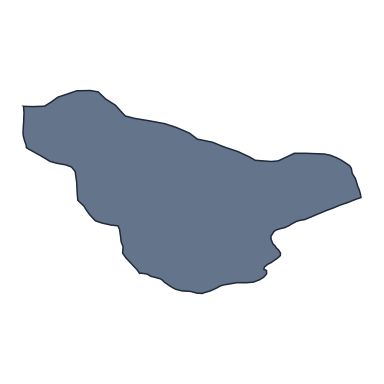 the district of Huddinge, Stockholm, Sweden
{"feature_id": "70781695B98440364310876", "entity_name": "Huddinge", "entity_type": "district", "adm_level": 2, "iso_a3": "SWE", "parent_name": "Sweden", "parent_adm1": "Stockholm", "projection": "robinson", "projection_center": [18.029, 59.213], "detail": "fine", "context": "isolated", "style": "filled", "palette": "slate", "viewbox_px": 384, "rotation_deg": 0, "n_neighbors": 0, "source": "geoboundaries", "source_scale": "gbopen_adm2", "svg_char_len": 1749}
<svg xmlns="http://www.w3.org/2000/svg" viewBox="0 0 384 384"><path d="M361.0,197.5L360.3,193.5L359.0,189.2L357.7,186.2L356.4,181.7L355.2,178.1L352.3,173.6L351.3,168.3L349.6,165.7L344.9,162.5L341.0,160.0L336.3,157.6L330.2,155.2L324.2,154.0L306.0,153.3L294.3,153.3L288.8,155.9L282.9,158.7L278.1,160.9L271.3,161.5L255.3,160.3L249.4,156.9L238.0,151.6L223.4,146.7L212.4,142.2L197.3,139.1L189.4,133.1L176.4,127.5L164.9,123.7L149.8,120.9L134.7,118.4L125.3,116.0L121.6,112.1L115.4,105.2L105.5,98.9L98.2,91.9L90.4,90.5L76.8,90.8L58.0,97.1L51.2,102.0L44.5,106.2L32.5,106.6L23.4,106.3L23.6,106.5L23.7,109.1L24.0,112.5L23.8,117.9L23.6,122.6L23.3,126.6L23.0,133.5L23.4,136.4L24.7,141.1L26.0,144.6L26.5,147.4L26.4,147.6L28.8,149.2L40.8,155.8L50.1,161.4L56.4,163.2L65.8,164.9L71.5,167.0L75.2,171.6L76.7,182.4L77.2,193.6L77.8,200.3L84.0,206.2L86.1,209.7L89.8,214.9L95.5,220.9L101.8,223.0L111.2,225.1L117.9,225.8L119.5,229.3L120.5,236.0L121.1,241.6L123.1,246.8L122.6,253.1L125.8,257.7L131.0,263.3L137.2,269.9L139.5,273.3L141.4,273.2L147.2,274.1L150.8,276.3L155.2,277.4L160.6,278.9L162.7,280.4L164.5,282.3L170.0,286.1L172.9,287.8L175.5,289.2L181.9,290.9L190.5,291.4L196.8,293.1L202.0,293.5L205.5,292.3L209.8,291.1L213.7,289.4L217.6,287.5L219.9,286.1L223.3,285.0L229.9,283.9L236.7,282.7L246.7,282.7L253.4,282.1L259.5,279.8L263.7,277.2L266.6,273.9L266.5,270.5L263.8,269.2L264.5,267.0L267.5,264.4L271.1,262.6L278.1,257.7L280.3,255.6L280.5,253.1L278.5,249.9L276.4,248.0L274.8,245.6L272.8,243.7L271.1,239.3L270.9,236.3L273.6,232.0L275.6,230.2L280.1,228.7L284.8,227.6L288.9,225.7L290.9,224.4L296.2,221.5L300.1,220.3L304.4,219.7L318.0,214.0L326.4,210.5L333.5,207.9L339.8,205.2L348.6,202.2L354.7,199.7L361.0,197.5Z" fill="#64748b" stroke="#1e293b" stroke-width="1.5"/></svg>